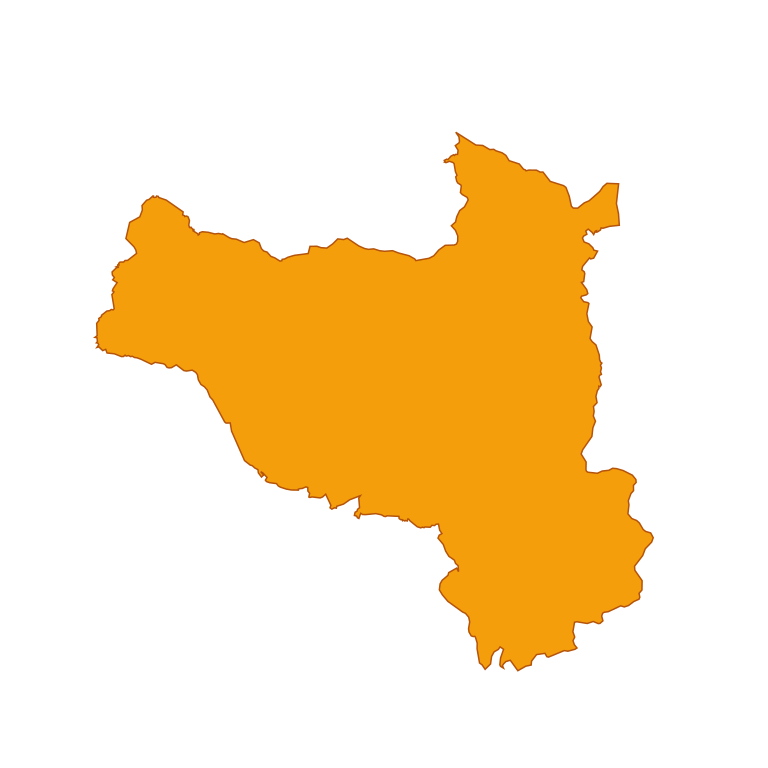 Coroieni, Maramures, Romania, rotated 281°
{"feature_id": "2599482B87635814237961", "entity_name": "Coroieni", "entity_type": "district", "adm_level": 2, "iso_a3": "ROU", "parent_name": "Romania", "parent_adm1": "Maramures", "projection": "orthographic", "projection_center": [23.777, 47.377], "detail": "fine", "context": "isolated", "style": "filled", "palette": "amber", "viewbox_px": 768, "rotation_deg": 281, "n_neighbors": 0, "source": "geoboundaries", "source_scale": "gbopen_adm2", "svg_char_len": 6147}
<svg xmlns="http://www.w3.org/2000/svg" viewBox="0 0 768 768"><g transform="rotate(281 384 384)"><path d="M625.3,576.1L623.5,564.5L619.6,561.4L614.1,559.0L603.0,550.4L600.0,546.0L593.6,540.6L592.8,536.2L594.3,534.0L603.7,530.0L611.7,525.1L613.0,522.4L614.6,508.5L622.4,499.6L621.8,496.9L623.0,492.9L621.6,485.3L620.4,482.7L621.3,481.6L621.4,480.0L625.8,474.8L627.1,464.2L631.7,460.0L633.5,455.8L634.3,449.3L635.3,447.0L634.3,443.1L637.0,435.4L636.1,428.6L644.8,406.4L640.9,410.4L636.6,411.8L635.0,411.6L631.6,408.5L627.6,412.1L623.4,412.4L623.0,410.3L621.8,409.6L622.3,408.6L620.4,406.2L616.5,404.0L616.7,402.7L615.0,400.5L614.0,401.5L613.4,401.0L613.1,402.6L615.1,405.8L614.6,409.3L613.8,410.7L606.1,413.6L602.8,415.8L601.0,414.9L597.1,416.6L595.4,418.0L594.0,421.5L592.9,422.1L586.5,422.5L584.9,424.7L583.1,430.0L580.8,431.5L573.2,429.2L568.7,425.2L562.1,423.5L556.7,423.3L552.2,419.9L548.4,424.9L543.3,428.2L538.0,429.1L535.2,428.4L533.8,426.4L531.8,417.6L526.0,412.2L519.3,408.4L516.0,404.2L511.2,391.7L512.6,390.4L514.7,384.1L515.4,373.1L516.5,367.0L514.4,359.3L514.0,354.3L514.7,348.1L513.2,343.0L513.3,339.0L514.7,332.9L520.1,320.1L518.1,316.9L517.6,310.9L511.7,306.9L506.5,301.9L505.8,296.1L506.4,292.0L505.0,285.1L497.6,284.7L493.2,271.5L490.1,265.5L487.7,262.5L486.9,260.2L485.5,260.2L484.8,258.4L487.0,252.7L487.7,248.6L491.2,244.0L491.6,240.5L493.5,237.8L498.7,234.6L500.8,228.3L496.2,219.7L498.0,211.4L497.6,206.9L498.1,204.2L500.7,197.0L500.2,196.7L500.2,192.8L499.0,189.3L499.4,182.5L498.8,176.6L497.3,174.1L495.8,174.2L494.8,173.2L495.9,172.7L497.9,167.4L498.9,168.2L499.5,167.7L499.1,167.0L501.1,164.6L500.4,163.9L500.6,163.2L502.8,162.0L507.2,161.9L510.6,159.9L511.2,158.3L510.4,156.4L511.1,156.1L511.6,154.1L514.6,154.0L523.0,135.1L524.1,127.3L525.1,126.6L525.1,124.9L523.9,124.6L523.3,123.1L523.4,122.0L524.5,121.9L524.5,121.3L520.4,118.2L519.1,115.9L513.1,112.4L508.6,113.6L501.5,112.4L494.1,103.5L477.5,102.9L471.0,112.4L468.2,114.8L465.0,116.2L456.4,108.7L455.8,106.2L454.1,105.2L453.3,101.6L451.9,100.6L450.3,101.1L450.3,100.0L448.9,100.1L448.1,99.0L448.1,101.5L447.1,99.2L442.1,95.7L439.1,96.6L437.1,99.0L434.5,97.8L432.6,102.7L425.9,99.9L423.6,99.6L423.1,101.2L422.5,101.2L419.9,99.8L406.4,104.8L405.1,104.0L405.1,102.0L403.7,100.8L402.7,98.0L397.6,93.6L396.2,93.7L393.9,91.5L392.2,92.2L388.7,90.4L376.7,93.2L374.6,91.3L374.7,93.4L371.0,94.6L369.5,93.8L369.5,95.4L368.1,96.5L365.1,95.2L366.0,97.0L363.1,101.5L364.9,104.2L361.6,106.2L362.2,113.6L360.8,121.0L361.3,123.1L362.9,124.3L362.2,125.6L363.2,128.0L362.5,129.9L363.2,131.7L362.4,134.0L362.6,136.5L361.9,140.8L359.0,152.0L361.6,155.2L361.8,163.6L361.2,165.5L358.9,167.9L358.8,169.9L359.5,172.3L363.2,176.5L359.0,184.9L359.0,187.6L361.0,193.1L359.5,197.0L357.5,199.1L352.6,201.0L348.6,204.4L347.0,208.3L344.4,211.6L338.0,215.7L335.7,218.9L316.4,234.8L315.5,236.4L316.4,240.5L308.6,243.4L282.2,261.7L278.9,268.1L278.7,270.3L276.9,273.2L275.9,276.6L272.8,277.6L269.3,281.5L271.6,283.2L274.4,279.7L273.7,281.9L270.0,287.0L267.0,285.9L265.8,287.2L265.3,290.6L265.7,297.5L263.8,299.6L263.0,301.8L262.2,308.2L262.3,313.4L263.5,320.2L264.4,320.0L265.3,321.6L265.8,323.6L268.1,327.0L267.9,328.9L264.4,329.7L262.6,331.8L258.7,331.8L258.5,332.9L259.4,334.9L260.0,343.1L261.4,345.3L264.7,347.8L254.8,355.0L252.2,354.6L251.2,356.7L253.0,358.9L253.0,360.9L255.0,361.0L258.4,367.2L263.8,372.4L269.9,382.1L267.2,381.0L257.9,383.6L256.0,382.0L253.9,381.7L252.6,380.1L249.3,380.0L249.1,382.4L247.6,383.5L247.2,385.0L252.6,385.8L251.8,387.9L252.3,390.9L255.2,400.7L255.1,406.5L254.1,409.3L254.2,410.9L255.2,412.2L256.9,423.9L254.8,424.5L254.0,426.2L254.3,427.6L253.4,428.2L254.0,428.6L253.5,430.6L254.1,431.0L254.0,433.0L256.0,433.1L256.1,434.0L254.7,435.5L250.2,443.9L249.8,447.5L250.8,449.1L250.6,450.7L251.5,451.6L252.2,456.7L254.4,458.0L254.7,460.7L256.3,461.9L256.9,464.2L251.2,466.5L248.2,469.4L246.1,467.0L243.0,466.4L237.8,472.8L231.6,476.5L227.2,480.6L224.5,486.7L221.5,488.5L219.8,491.4L214.0,493.0L217.1,490.4L211.2,483.5L208.4,483.3L202.4,478.5L198.5,477.2L192.5,477.6L188.2,481.5L182.8,488.2L175.2,504.6L174.4,507.8L171.3,511.6L166.9,513.5L159.8,513.7L156.7,514.8L153.4,517.7L153.1,519.7L153.6,521.3L152.8,522.1L147.5,524.9L141.8,525.9L128.4,531.0L127.0,533.9L123.2,537.7L129.5,542.0L137.1,541.6L142.1,543.2L145.3,546.9L148.1,548.1L146.4,552.0L137.3,550.7L130.5,551.3L129.1,552.2L127.9,555.5L130.1,554.0L132.4,555.0L134.8,556.6L136.9,560.7L128.1,570.1L134.1,577.1L136.2,582.1L140.1,581.7L147.5,585.4L150.3,593.4L147.4,595.9L147.3,597.6L156.7,611.8L156.8,615.5L160.1,622.2L161.7,623.8L164.4,620.6L168.1,618.5L172.0,619.5L176.9,616.7L186.5,616.5L187.4,618.6L187.7,629.2L190.8,634.7L189.7,640.0L190.2,641.7L193.3,644.1L197.7,642.0L200.6,642.3L201.9,643.6L203.3,647.6L211.4,658.7L211.0,662.4L213.2,666.3L218.2,670.8L221.4,675.4L223.5,675.8L227.2,674.3L231.0,676.5L240.2,674.9L249.0,665.8L252.9,664.7L265.0,670.7L272.1,671.9L279.9,676.9L284.5,677.6L288.7,674.2L289.2,669.0L290.6,666.2L296.3,661.2L298.2,658.1L299.2,652.9L303.1,648.2L312.1,647.5L316.0,646.1L323.5,647.3L326.9,649.3L332.1,648.2L335.5,650.3L338.3,649.5L341.9,645.2L344.7,635.2L345.3,628.4L344.9,624.5L342.2,621.2L340.2,614.8L337.1,610.5L336.3,600.9L337.1,599.3L338.4,598.6L346.0,597.3L352.9,590.9L357.4,591.6L372.2,598.1L380.9,597.4L387.8,598.7L392.5,595.6L397.1,595.5L401.9,593.9L406.3,596.7L412.3,594.4L418.2,594.7L420.7,595.8L422.8,595.3L422.6,596.6L424.6,597.4L431.9,593.7L433.7,594.0L434.9,595.6L437.4,594.2L441.2,594.4L443.8,592.9L446.1,593.9L446.7,592.6L449.0,591.0L453.5,589.8L462.8,584.6L465.4,580.1L467.9,577.6L479.7,577.4L484.3,572.7L491.7,569.7L502.1,569.8L502.8,568.6L502.9,564.3L506.2,560.7L507.9,561.2L510.1,565.6L511.7,566.8L515.3,565.0L521.4,558.4L522.6,560.5L530.7,560.0L532.4,559.1L533.8,556.4L537.3,556.5L547.0,561.7L546.2,563.0L547.5,565.8L555.2,568.3L555.4,564.5L557.7,562.9L560.7,558.3L561.6,553.3L565.1,551.0L567.3,551.7L569.7,554.6L572.7,552.9L575.0,554.9L572.6,559.3L570.7,561.3L574.3,562.2L575.0,563.4L573.6,563.5L574.0,564.5L576.5,567.1L578.6,567.3L578.7,569.3L581.8,575.3L584.7,584.7L595.9,581.7L605.5,577.7L625.3,576.1Z" fill="#f59e0b" stroke="#b45309" stroke-width="1.5"/></g></svg>